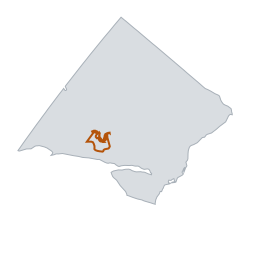 Zemam Out, Al Bahr al Ahmar, Egypt (highlighted), rotated 127°
{"feature_id": "37247803B70962807620148", "entity_name": "Zemam Out", "entity_type": "district", "adm_level": 2, "iso_a3": "EGY", "parent_name": "Egypt", "parent_adm1": "Al Bahr al Ahmar", "projection": "orthographic", "projection_center": [32.567, 25.936], "detail": "fine", "context": "in_parent", "style": "outline", "palette": "amber", "viewbox_px": 256, "rotation_deg": 127, "n_neighbors": 0, "source": "geoboundaries", "source_scale": "gbopen_adm2", "svg_char_len": 6496}
<svg xmlns="http://www.w3.org/2000/svg" viewBox="0 0 256 256"><g transform="rotate(127 128 128)"><path d="M212.3,202.3L207.7,202.4L203.0,202.6L198.3,202.7L193.7,202.8L189.0,202.9L184.4,203.0L179.7,203.1L175.1,203.1L170.4,203.2L165.7,203.2L161.1,203.3L156.4,203.3L151.7,203.3L147.1,203.3L142.4,203.3L137.8,203.2L135.1,203.2L135.6,201.9L135.9,200.9L135.5,200.2L134.6,200.1L134.0,200.3L132.6,203.1L131.9,203.2L130.2,203.2L124.8,203.1L119.4,203.0L114.0,202.9L108.5,202.8L103.1,202.7L97.7,202.5L92.3,202.4L86.9,202.2L81.5,202.0L76.1,201.8L70.7,201.6L65.3,201.3L59.9,201.0L54.5,200.8L49.1,200.5L43.7,200.2L43.9,196.7L44.0,193.3L44.2,189.9L44.4,186.5L44.6,183.0L44.7,179.6L44.9,176.2L45.1,172.7L45.3,169.3L45.5,165.9L45.7,162.4L45.9,159.0L46.0,155.5L46.2,152.1L46.4,148.7L46.6,145.2L46.8,141.8L47.0,138.4L47.2,134.9L47.4,131.5L47.6,128.1L47.8,124.6L48.0,121.2L48.2,117.8L48.5,114.3L48.7,110.9L48.9,107.5L49.1,104.0L49.3,100.6L49.5,97.2L49.8,93.7L50.0,90.3L49.9,89.6L49.3,87.3L48.8,84.3L48.4,80.6L48.3,79.4L47.4,75.6L47.4,74.5L47.7,73.8L49.9,70.7L50.6,69.2L51.2,67.4L51.5,66.0L51.1,63.6L50.5,61.5L50.5,59.4L50.5,57.4L51.6,56.0L52.9,54.8L53.4,54.0L54.2,53.1L54.7,52.7L55.6,54.6L57.6,55.0L64.3,53.7L71.5,55.8L75.5,56.6L81.7,58.3L85.4,60.9L86.4,61.3L89.2,61.3L90.9,62.9L98.0,63.8L101.8,65.6L103.9,67.0L105.2,67.4L106.4,67.4L108.0,66.9L110.0,66.1L112.1,64.8L116.6,61.6L118.2,61.1L119.2,61.2L120.5,61.2L121.0,60.3L121.7,59.7L122.1,59.0L122.8,58.2L125.1,58.0L129.7,56.7L129.2,57.3L125.0,58.9L126.8,59.1L128.6,58.6L130.7,58.3L131.1,57.6L131.4,56.3L131.8,56.1L133.3,56.4L137.6,58.4L138.6,58.4L141.7,57.4L142.3,57.2L143.3,57.8L145.6,60.2L144.8,60.2L142.4,58.1L142.2,59.1L140.8,60.9L142.5,61.8L143.9,62.1L144.6,63.1L145.1,64.0L146.5,63.6L147.5,62.4L146.9,61.7L146.6,60.9L147.1,60.9L148.0,61.5L150.7,63.9L151.7,64.4L152.7,64.3L155.0,63.6L155.6,63.7L158.6,62.9L158.9,63.5L159.4,64.1L161.8,63.4L165.6,63.4L168.7,62.6L172.3,60.7L172.5,60.4L172.7,60.8L173.2,62.1L174.3,65.4L175.3,67.9L176.6,71.4L176.9,72.8L177.1,73.7L178.9,77.6L180.0,80.8L180.8,83.3L181.9,87.1L182.4,88.4L181.6,89.1L180.2,91.6L178.7,99.5L176.5,105.7L176.3,109.5L176.0,110.9L174.9,112.9L173.6,114.8L171.2,113.8L167.3,110.5L165.1,107.4L162.6,105.3L160.4,102.6L159.7,100.7L159.7,99.4L158.7,96.3L158.0,94.9L155.3,91.6L154.5,89.9L153.9,89.1L153.3,88.0L152.3,83.8L151.2,81.1L149.9,81.9L150.2,83.0L149.1,84.5L148.4,86.4L148.9,87.8L151.2,90.1L151.6,91.1L152.1,93.2L152.1,96.1L152.4,97.1L154.1,99.3L154.7,100.6L155.1,101.7L155.7,102.7L157.3,104.5L159.8,108.1L162.1,110.5L163.8,111.7L164.5,112.8L164.7,115.9L164.5,117.3L166.0,120.0L166.6,121.4L168.0,122.5L168.7,123.7L169.3,125.8L170.3,131.9L171.5,133.4L175.5,141.4L178.8,146.5L180.4,150.3L182.9,154.9L187.8,165.0L190.7,168.1L191.9,169.8L194.0,171.1L196.2,173.0L194.1,172.9L193.6,173.0L192.8,173.4L192.5,174.6L192.4,175.5L192.7,180.7L193.4,183.3L195.4,188.2L196.8,189.7L197.5,190.6L198.5,191.3L203.0,192.9L205.7,196.4L211.7,200.8L212.3,202.0L212.3,202.3Z" fill="#d9dde1" stroke="#a8b0b8" stroke-width="1"/><path d="M150.9,138.7L151.5,138.8L151.9,138.8L152.3,139.0L152.5,139.0L152.9,139.4L153.0,139.3L153.2,139.2L153.3,139.1L153.5,139.1L153.5,139.3L153.7,139.5L153.8,139.7L153.9,139.8L154.0,139.9L154.0,140.0L154.1,140.3L154.3,140.4L154.4,140.5L154.4,140.8L154.5,140.9L154.6,141.0L154.8,141.1L154.8,141.3L154.9,141.8L155.1,141.9L155.3,142.0L155.3,142.3L155.2,142.3L155.0,142.5L155.0,142.9L155.0,143.0L155.0,143.3L154.8,143.6L154.9,143.9L154.9,144.1L154.8,144.3L154.6,144.4L154.4,144.7L154.4,144.8L154.3,145.0L154.2,145.1L154.0,145.3L153.9,145.5L153.7,145.8L153.6,146.0L153.8,146.1L154.9,146.7L154.8,147.2L154.5,148.4L153.5,149.0L152.5,149.1L150.2,148.9L150.2,149.0L150.3,149.2L150.3,149.4L150.4,149.5L150.5,149.5L150.6,149.9L150.6,150.0L150.8,150.2L150.8,150.3L150.9,150.5L151.1,150.8L151.2,151.1L151.3,151.2L151.2,151.4L151.2,151.6L151.3,151.7L151.3,151.9L151.4,152.1L151.4,152.3L151.4,152.5L151.5,152.6L151.4,152.8L151.5,152.9L151.6,153.0L151.8,153.2L151.9,153.3L152.0,153.5L152.3,153.6L152.7,152.8L163.7,152.6L161.0,149.1L160.5,147.5L161.2,145.9L162.5,144.0L163.9,142.9L165.0,142.2L165.3,140.7L164.7,138.7L163.6,136.5L162.8,135.2L162.3,134.2L161.5,133.8L160.3,134.2L159.2,133.9L158.2,133.1L157.3,132.3L156.2,131.3L155.6,131.2L154.4,131.3L153.6,131.5L147.2,139.8L147.0,139.6L146.4,140.2L146.7,140.4L146.9,140.5L147.1,140.5L147.4,140.6L147.5,140.6L147.7,140.4L147.8,140.3L147.8,140.0L147.9,139.9L148.0,139.7L148.6,139.5L148.8,139.4L149.0,139.4L149.3,139.4L149.4,139.5L149.5,139.5L149.7,139.4L149.8,139.3L149.9,139.1L149.9,138.9L150.0,138.9L150.3,138.8L150.4,139.0L150.5,139.0L150.6,138.9L150.8,138.8L150.9,138.7ZM154.1,139.4L153.8,139.6L153.7,139.2L153.7,138.9L154.1,139.4ZM143.2,139.5L142.8,139.9L143.9,141.0L146.4,142.4L146.8,142.2L147.8,142.2L149.5,141.3L150.9,140.9L152.7,140.4L153.5,140.8L153.5,141.0L153.4,142.2L153.4,142.4L152.8,143.2L152.6,144.4L152.3,145.2L150.7,146.7L149.2,147.4L149.4,149.0L149.6,151.0L149.7,150.9L149.8,150.9L150.0,150.9L150.1,150.7L150.1,150.2L150.1,149.9L150.1,149.7L149.9,149.6L149.7,149.3L149.7,149.2L149.5,148.8L149.4,148.7L149.5,148.6L149.5,148.4L149.5,148.1L149.4,148.1L149.5,148.0L149.5,147.9L149.4,147.8L149.5,147.7L149.5,147.4L149.8,147.2L150.1,147.0L150.3,147.0L150.4,146.9L150.7,146.8L151.0,146.7L151.5,146.4L151.5,146.2L151.8,146.0L152.0,145.9L152.3,145.7L152.6,145.2L152.8,145.1L153.0,145.0L153.1,144.9L153.0,144.7L152.9,144.5L153.0,143.9L153.0,143.6L153.0,143.4L153.2,142.9L153.3,142.7L153.4,142.3L153.4,142.2L153.5,142.2L153.6,141.9L153.6,141.7L153.6,141.4L153.6,141.2L153.5,140.8L153.5,140.5L153.5,140.4L153.3,140.2L153.2,140.1L152.7,139.9L152.4,139.8L152.2,139.8L152.1,139.7L151.7,140.0L151.4,140.1L151.0,140.3L150.7,140.3L150.2,140.4L150.1,140.5L150.0,140.8L149.9,140.9L149.7,140.8L149.3,141.0L149.2,141.1L148.8,141.3L148.7,141.4L148.6,141.5L148.3,141.5L148.2,141.5L147.9,141.7L147.6,141.8L147.4,142.0L147.2,141.9L147.1,142.0L146.9,142.1L146.6,142.0L146.3,142.0L146.2,142.0L145.9,141.9L145.5,141.7L145.4,141.6L145.2,141.6L145.2,141.4L145.0,141.2L144.8,141.2L144.7,140.9L144.4,140.8L144.4,140.7L144.2,140.7L143.9,140.5L143.7,140.3L143.6,140.2L143.4,140.0L143.3,139.8L143.2,139.6L143.2,139.5ZM152.3,154.6L152.4,154.4L152.2,154.3L152.2,154.2L151.9,154.1L151.7,154.1L151.6,153.9L151.4,153.8L151.4,153.6L151.1,153.5L151.0,153.4L150.8,153.3L150.8,153.2L150.7,153.1L150.5,152.9L150.5,152.7L150.4,152.5L150.4,152.4L150.2,152.2L150.5,153.5L152.3,154.6ZM149.9,151.9L150.0,151.8L149.9,151.4L149.7,151.4L149.9,151.9Z" fill="none" stroke="#b45309" stroke-width="2"/></g></svg>